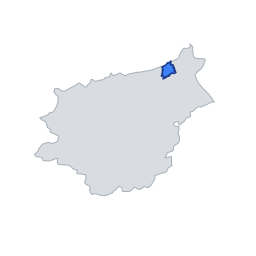 Drahichyn, Brest, Belarus (highlighted), rotated 159°
{"feature_id": "67162791B13228782215285", "entity_name": "Drahichyn", "entity_type": "district", "adm_level": 2, "iso_a3": "BLR", "parent_name": "Belarus", "parent_adm1": "Brest", "projection": "robinson", "projection_center": [25.082, 52.14], "detail": "fine", "context": "in_parent", "style": "filled", "palette": "blue", "viewbox_px": 256, "rotation_deg": 159, "n_neighbors": 0, "source": "geoboundaries", "source_scale": "gbopen_adm2", "svg_char_len": 6635}
<svg xmlns="http://www.w3.org/2000/svg" viewBox="0 0 256 256"><g transform="rotate(159 128 128)"><path d="M206.7,169.1L202.9,168.9L198.2,169.0L195.7,170.4L192.8,169.8L190.8,170.6L186.3,174.5L184.6,176.6L183.0,179.8L182.1,182.2L182.7,183.9L183.6,185.4L183.8,187.1L184.3,188.4L183.2,189.4L182.6,190.8L180.6,190.5L178.2,189.2L177.6,187.3L175.8,186.0L174.5,185.3L172.5,185.2L169.4,185.8L165.2,186.3L162.1,186.4L160.4,187.1L157.9,187.7L156.9,186.9L155.4,184.8L154.2,182.6L153.4,181.7L152.7,181.4L151.9,181.4L150.9,182.1L150.2,182.8L147.6,183.6L146.4,184.4L145.2,186.4L144.4,186.3L143.5,185.8L142.4,183.6L141.1,183.1L138.9,183.0L136.1,182.6L133.9,181.9L133.1,182.1L131.8,183.0L130.4,183.1L127.2,182.3L126.6,182.7L124.9,185.1L124.0,185.3L123.6,184.9L123.8,182.8L122.0,182.1L118.9,181.9L116.8,182.3L115.7,182.2L115.2,181.7L112.5,178.2L111.1,177.9L108.6,178.1L104.9,177.7L100.7,176.9L98.4,176.6L97.2,175.8L94.6,175.5L87.6,174.0L84.7,173.7L80.5,173.7L74.1,173.4L70.0,173.5L68.1,174.0L65.9,174.4L58.3,174.8L55.6,175.2L54.8,175.9L53.9,177.6L50.8,180.4L47.7,182.3L47.1,182.5L45.4,181.5L43.9,181.1L42.1,181.0L40.9,181.4L40.1,181.8L40.2,184.0L38.7,181.6L38.8,179.2L39.6,177.9L40.5,176.7L40.2,174.9L41.1,172.4L41.1,170.7L40.7,169.9L40.0,169.1L38.1,168.1L37.2,167.4L34.5,166.4L31.9,165.1L31.4,164.3L31.6,163.8L32.0,163.0L34.1,160.7L36.3,158.4L37.7,157.5L45.2,154.6L46.3,153.5L46.6,151.8L46.5,148.3L46.1,145.1L45.5,143.0L44.2,138.8L40.4,130.3L38.2,121.5L39.7,122.0L43.2,122.2L46.0,121.6L47.4,121.6L48.7,121.7L52.4,121.3L53.3,122.0L54.9,122.7L58.2,121.7L61.0,120.5L64.0,120.6L64.4,120.0L65.2,116.9L66.1,116.2L69.6,116.5L70.9,116.0L72.3,114.4L74.4,113.5L76.1,113.5L77.9,112.4L78.8,113.1L79.3,114.4L78.7,115.4L78.9,115.8L80.2,116.4L82.4,116.3L83.7,115.9L84.1,115.3L84.0,114.2L83.7,113.3L82.8,112.4L81.1,111.9L79.9,111.9L79.7,111.4L80.1,110.2L81.1,108.1L82.4,106.1L83.2,105.4L83.3,104.7L83.2,103.5L83.1,101.4L84.3,98.4L85.8,96.2L87.9,95.5L90.5,95.1L92.1,94.0L92.9,92.8L93.6,91.0L94.4,90.6L100.6,90.8L101.5,88.9L102.1,88.4L103.2,87.9L104.1,87.2L103.7,86.7L102.2,86.4L98.5,86.1L97.7,85.5L97.9,84.7L98.9,82.8L99.8,80.3L100.3,78.4L100.3,77.3L100.8,77.0L103.9,76.6L104.9,76.2L107.4,73.6L109.4,73.2L114.5,73.8L116.8,73.8L119.8,74.0L120.0,73.7L121.0,71.1L126.0,67.0L128.6,65.5L130.3,65.2L130.9,65.3L133.7,67.5L134.3,67.6L136.1,66.7L139.2,66.6L140.6,67.3L142.8,70.0L143.8,70.3L146.8,68.8L148.5,68.4L149.6,68.4L155.3,70.4L155.8,71.1L155.8,71.9L155.0,74.3L156.2,75.8L157.6,76.8L160.5,75.2L161.6,74.7L162.8,74.7L164.3,74.1L165.4,73.1L166.5,72.8L168.6,73.0L172.4,72.8L176.9,74.3L177.3,74.7L179.5,76.5L180.3,77.3L181.1,77.6L182.3,78.4L183.9,78.9L185.0,78.8L185.5,79.1L186.0,79.7L186.1,80.9L186.1,84.1L184.6,85.8L184.4,86.4L184.5,87.1L185.8,88.5L187.5,90.6L187.9,91.9L188.0,92.8L185.9,95.6L185.1,96.3L184.7,97.7L184.5,99.1L184.6,99.7L188.4,102.0L191.2,103.2L191.9,103.8L191.9,104.2L190.6,106.6L190.4,107.2L192.7,108.2L194.0,109.8L195.1,112.4L197.3,114.9L205.3,118.5L206.0,119.2L206.2,120.0L206.1,121.7L204.8,124.9L206.1,125.4L209.6,125.2L213.8,125.6L218.9,127.9L219.0,128.9L218.5,129.9L218.9,130.9L219.5,131.7L224.0,134.3L224.4,135.0L224.6,136.2L224.5,137.2L223.3,137.3L222.0,137.8L219.8,138.9L219.0,140.4L215.5,142.5L213.4,143.5L211.6,143.5L207.4,143.1L205.9,142.1L205.3,141.1L203.7,140.7L201.5,140.6L198.6,140.8L198.0,141.1L197.6,142.3L196.4,144.3L195.6,145.4L199.4,149.4L201.4,151.1L202.0,152.1L202.0,152.8L201.2,153.7L201.4,155.4L203.3,157.6L202.7,158.0L202.6,160.7L202.7,163.7L203.3,164.4L204.3,165.0L205.1,166.0L206.6,168.5L206.7,169.1Z" fill="#d9dde1" stroke="#a8b0b8" stroke-width="1"/><path d="M65.1,162.4L64.9,162.4L64.7,162.4L64.5,162.5L64.4,162.5L64.2,162.6L63.8,162.7L63.5,162.7L63.4,162.7L63.3,162.8L63.4,163.0L63.5,163.1L63.7,163.3L63.7,163.5L63.6,163.8L63.7,164.0L63.8,164.1L64.0,164.2L64.0,164.3L63.9,164.4L63.6,164.6L63.4,164.7L63.4,164.9L63.5,164.9L63.7,165.0L63.9,164.9L64.1,164.9L64.4,165.0L64.2,165.2L64.1,165.3L63.9,165.6L63.7,165.7L63.7,165.8L63.8,165.8L63.9,166.0L63.6,166.4L63.5,166.5L63.4,166.6L63.4,166.8L63.5,167.0L63.8,167.2L63.9,167.3L63.8,167.6L63.6,167.7L63.5,167.8L63.4,167.9L63.2,167.9L63.2,168.0L63.3,168.1L63.5,168.1L63.8,168.0L64.0,168.0L64.3,168.1L64.3,168.3L64.2,168.5L63.9,168.7L63.7,168.9L63.5,169.1L63.4,169.3L63.4,169.5L63.5,169.7L63.5,169.8L63.6,170.0L63.8,170.1L63.9,170.3L63.7,170.4L63.5,170.5L63.4,170.5L63.4,170.8L63.6,171.0L63.9,171.1L64.2,171.1L64.5,171.2L64.9,171.3L65.2,171.4L65.4,171.5L65.5,171.6L65.5,171.9L65.5,172.2L65.4,172.4L65.2,172.5L64.9,172.7L65.0,172.9L65.2,173.0L65.3,173.1L65.3,173.3L65.2,173.4L65.1,173.5L65.0,173.8L64.8,173.9L64.6,174.0L64.4,174.2L64.2,174.3L64.0,174.5L64.0,174.8L64.1,175.0L64.2,174.9L64.5,174.8L64.6,174.6L64.8,174.4L65.2,174.3L65.3,174.3L65.4,174.5L65.5,174.6L65.8,174.6L66.1,174.5L66.3,174.4L66.5,174.2L66.8,174.2L67.0,174.3L67.3,174.5L67.8,174.7L68.2,174.5L68.6,174.3L68.9,174.1L69.2,173.8L69.5,173.5L70.0,173.2L70.7,173.1L71.3,173.1L72.1,173.0L72.8,172.8L73.2,172.8L73.9,172.8L74.3,172.8L74.3,172.6L74.3,172.4L74.4,172.2L74.5,171.9L74.5,171.7L74.6,171.3L74.5,171.2L74.4,171.2L74.5,171.0L74.6,170.9L74.7,170.7L74.8,170.5L74.8,170.3L74.8,170.1L74.8,169.9L74.7,169.9L74.6,169.7L74.6,169.4L74.7,169.2L74.8,169.1L75.0,169.2L75.2,169.3L75.3,169.3L75.5,169.2L75.5,168.9L75.5,168.6L75.6,168.4L75.6,168.1L75.8,167.9L75.9,167.7L76.0,167.4L76.3,167.2L76.5,167.1L76.6,166.9L76.5,166.6L76.4,166.5L76.4,166.4L76.6,166.4L76.8,166.4L77.0,166.2L77.2,165.9L77.2,165.6L77.3,165.5L77.3,165.3L77.4,165.2L77.5,165.2L77.8,165.1L78.0,165.1L78.1,164.9L77.9,164.8L77.8,164.7L77.6,164.7L77.4,164.6L77.5,164.5L77.6,164.4L77.7,164.2L77.4,164.1L77.2,163.9L77.0,164.0L76.9,164.1L76.7,164.1L76.5,163.9L76.4,163.8L76.3,163.7L76.2,163.6L76.2,163.4L76.3,163.2L76.3,162.8L76.3,162.6L76.4,162.4L76.5,162.1L76.8,161.9L77.1,161.8L77.4,161.8L77.4,161.7L77.5,161.6L77.6,161.4L77.3,161.3L77.2,161.4L76.9,161.5L76.7,161.4L76.4,161.4L76.2,161.4L75.9,161.4L75.7,161.4L75.3,161.4L75.2,161.4L75.0,161.5L74.9,161.6L74.7,161.6L74.4,161.8L74.2,161.8L73.9,161.9L73.7,161.8L73.4,161.8L73.4,162.0L73.6,162.2L73.7,162.3L73.4,162.3L73.3,162.2L73.1,162.2L72.8,162.3L72.7,162.3L72.3,162.3L72.2,162.3L72.0,162.2L71.9,162.2L71.7,162.0L71.6,161.9L71.4,161.7L71.2,161.7L71.1,161.8L70.9,162.0L70.7,162.2L70.3,162.2L70.2,162.2L70.1,162.3L70.3,162.4L70.4,162.5L70.5,162.7L70.4,162.7L70.4,162.8L70.2,162.9L70.0,163.0L69.8,163.1L69.7,163.1L69.4,163.0L69.2,163.0L68.9,163.2L68.7,163.3L68.4,163.3L68.2,163.4L67.8,163.5L67.6,163.5L67.4,163.6L67.2,163.5L66.9,163.5L66.8,163.4L66.7,163.2L66.6,162.9L66.4,162.9L66.2,162.9L66.0,162.7L65.9,162.6L65.7,162.5L65.5,162.4L65.2,162.4L65.1,162.4Z" fill="#3b82f6" stroke="#1e3a8a" stroke-width="1.5"/></g></svg>